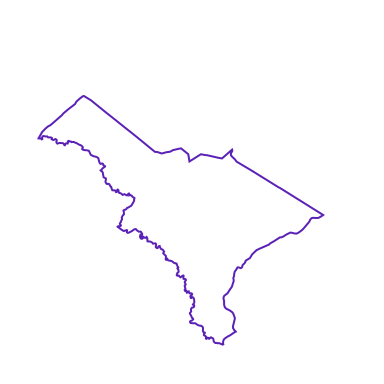 outline of Siloe, Mohale's Hoek, Lesotho, rotated 144°
{"feature_id": "5366337B49038686470651", "entity_name": "Siloe", "entity_type": "district", "adm_level": 2, "iso_a3": "LSO", "parent_name": "Lesotho", "parent_adm1": "Mohale's Hoek", "projection": "mercator", "projection_center": [27.347, -29.998], "detail": "fine", "context": "isolated", "style": "outline", "palette": "violet", "viewbox_px": 384, "rotation_deg": 144, "n_neighbors": 0, "source": "geoboundaries", "source_scale": "gbopen_adm2", "svg_char_len": 6042}
<svg xmlns="http://www.w3.org/2000/svg" viewBox="0 0 384 384"><g transform="rotate(144 192 192)"><path d="M272.6,207.6L271.2,203.1L270.3,200.8L269.9,200.4L267.2,199.6L267.0,199.2L268.0,198.1L268.3,197.6L268.1,196.8L267.1,196.3L266.0,196.1L263.4,195.7L261.1,195.8L259.4,195.2L259.1,194.7L259.1,193.3L258.3,191.1L257.1,190.4L256.7,189.9L256.9,187.4L257.1,187.1L257.7,187.0L258.2,187.6L258.7,187.8L260.0,186.8L260.5,186.1L260.7,185.2L260.6,184.6L260.5,184.0L260.1,183.7L259.5,183.4L259.0,183.5L258.8,183.7L259.2,184.5L259.3,185.1L259.0,185.5L258.4,185.6L258.0,185.2L257.2,182.9L256.3,182.1L255.2,182.3L255.2,181.8L255.3,181.0L257.0,178.3L256.9,178.0L255.7,177.2L254.8,176.3L254.0,174.6L253.8,173.7L253.9,173.1L251.8,172.0L251.7,171.6L251.7,170.9L252.6,169.8L253.5,169.1L253.7,168.4L253.3,167.2L252.8,166.9L250.9,167.7L249.9,167.3L250.4,166.1L250.5,164.0L249.6,162.6L249.5,161.6L249.7,160.8L249.6,160.2L251.2,159.5L251.3,158.8L250.7,155.8L251.2,154.8L252.8,153.1L252.9,152.6L252.6,152.2L251.5,152.8L251.2,152.6L251.2,152.2L251.6,151.5L251.4,150.6L249.9,149.1L249.0,147.9L248.1,144.9L247.2,144.1L247.1,143.6L246.6,143.2L247.4,140.4L247.4,139.0L247.6,138.8L248.4,138.9L248.7,138.8L248.8,137.0L249.7,135.3L250.0,135.2L251.8,135.0L252.4,134.1L253.0,134.0L253.3,133.4L252.5,132.4L251.8,132.0L251.8,131.1L251.5,129.8L251.2,129.7L249.4,129.8L248.3,129.7L248.0,129.4L248.1,129.1L249.3,127.9L249.9,126.8L249.8,126.5L248.7,125.7L248.5,125.0L248.6,124.4L248.9,124.1L250.4,123.8L250.8,123.4L251.2,122.6L251.2,121.5L251.4,121.0L251.9,120.7L252.8,120.7L253.3,119.9L254.1,117.7L254.3,117.5L255.3,117.3L255.7,116.7L255.8,116.3L255.5,115.7L254.6,115.5L254.5,115.1L254.7,114.6L255.3,113.9L255.3,113.5L253.9,113.6L253.1,113.5L253.6,111.6L252.9,111.1L252.8,110.6L252.1,110.4L251.8,109.8L251.8,109.4L252.5,108.9L253.4,108.6L254.3,108.8L254.7,108.5L254.9,107.6L255.3,107.0L255.2,106.8L254.8,106.6L253.5,106.7L253.1,106.0L253.0,105.6L253.3,104.2L254.8,101.5L255.4,101.1L257.4,100.4L257.4,100.0L256.8,99.3L257.1,98.5L257.5,98.2L258.5,97.8L259.9,98.4L260.4,98.4L261.5,97.9L262.2,97.2L262.9,95.8L264.9,95.3L265.3,94.4L265.3,92.9L265.9,90.4L265.9,90.0L265.6,89.4L265.8,88.4L267.1,88.1L267.9,88.1L268.8,88.5L269.3,88.5L270.0,88.0L270.2,87.4L270.1,86.8L268.0,84.9L266.8,84.2L266.3,83.4L265.6,81.1L264.3,79.3L263.2,78.4L262.7,76.8L263.0,75.5L264.5,73.7L265.1,72.4L264.9,71.5L264.3,70.8L264.4,70.4L265.8,70.1L266.4,69.5L266.5,69.0L265.8,67.7L265.7,66.5L266.7,65.6L266.9,65.2L266.5,64.7L266.0,65.0L265.0,64.9L264.4,64.2L264.6,63.5L264.2,63.1L263.5,63.1L262.6,63.4L262.1,63.3L261.0,61.0L262.3,58.1L262.1,56.9L261.9,56.2L261.3,55.6L260.6,55.3L260.1,54.5L258.9,53.8L256.9,50.5L256.2,50.4L255.8,51.4L254.7,52.7L253.1,53.9L251.8,54.2L248.0,54.1L245.8,53.7L239.3,53.5L238.7,53.3L238.7,54.1L239.0,55.3L238.8,57.7L238.3,58.3L238.1,59.0L231.7,64.4L231.1,65.8L230.1,69.5L230.1,71.1L231.2,74.3L232.8,77.2L233.2,79.4L232.3,81.9L230.0,85.1L229.8,85.8L228.9,87.7L227.8,88.6L227.1,89.0L226.1,89.1L222.8,89.2L217.9,91.1L216.5,91.5L215.0,92.2L214.3,92.7L213.0,93.8L211.1,95.0L210.0,96.3L209.2,98.0L208.5,98.6L207.6,99.1L207.1,99.5L206.5,100.5L204.3,102.4L201.0,103.5L200.5,103.9L199.7,104.2L199.1,104.1L198.0,102.8L197.4,101.8L196.7,101.6L195.5,101.8L194.5,102.8L193.8,103.2L191.7,103.4L190.8,103.7L190.1,103.9L189.5,104.6L188.4,104.9L184.6,104.5L183.5,104.7L180.0,106.2L174.1,107.0L171.0,106.5L160.6,104.2L159.1,104.5L154.8,104.0L147.5,103.6L146.4,102.8L144.1,102.3L140.5,102.1L137.0,101.5L136.0,101.2L133.4,98.2L131.9,96.9L129.8,96.5L125.7,96.5L123.5,96.8L114.6,99.0L112.7,100.1L110.8,100.6L109.3,100.0L106.1,97.4L104.7,96.7L102.5,96.4L99.4,96.3L118.6,143.9L119.0,144.4L131.1,174.1L138.1,190.4L138.1,193.4L138.8,196.8L138.9,198.8L138.0,200.2L135.1,201.7L134.7,202.7L148.0,201.5L150.5,204.1L158.1,212.8L159.7,214.2L162.6,217.3L176.1,218.2L172.8,224.8L175.2,233.7L177.4,234.8L182.9,237.1L185.9,237.4L189.7,239.4L192.6,240.4L194.0,241.1L196.5,244.7L198.4,246.3L204.4,269.2L215.5,309.3L219.8,325.5L223.0,333.2L224.0,333.6L227.2,333.6L232.3,333.1L235.0,331.9L242.8,331.7L249.7,331.2L252.3,330.6L265.7,329.4L267.6,329.3L269.9,329.7L273.5,329.4L278.0,328.6L284.6,325.6L283.6,324.6L283.0,324.4L282.7,323.9L282.7,323.0L282.1,322.8L281.1,324.2L280.2,324.8L279.3,324.6L277.6,322.8L276.5,322.1L276.4,321.9L276.3,320.7L274.3,319.3L273.6,318.2L273.6,317.8L274.5,317.2L274.0,316.1L273.5,315.5L272.9,315.3L271.5,315.2L271.0,314.4L270.9,313.8L271.2,313.1L272.2,312.4L272.6,311.6L272.6,310.6L272.4,310.2L271.4,310.0L270.0,309.3L267.7,307.3L267.4,306.3L267.7,305.1L267.5,304.6L267.3,304.5L266.0,305.3L265.2,305.4L264.1,304.3L263.2,304.9L262.8,305.8L262.1,306.0L261.5,305.7L261.0,304.5L260.3,304.0L260.2,303.2L258.8,302.4L258.0,301.7L257.8,301.0L256.5,299.2L255.7,297.0L254.5,295.2L254.1,294.0L254.0,292.5L254.3,292.0L255.4,291.6L255.6,291.3L255.4,290.4L254.7,289.4L252.2,287.2L251.2,285.9L252.0,281.6L251.3,280.0L250.5,278.7L248.8,276.7L247.9,274.8L247.9,274.3L248.6,272.8L249.5,270.3L249.6,268.9L249.3,268.4L248.1,268.0L247.7,267.6L247.5,267.1L248.0,265.6L247.3,264.5L247.2,264.1L247.3,263.8L247.8,263.6L250.6,263.7L252.3,263.0L253.2,263.2L253.2,262.7L252.7,261.2L252.7,260.4L254.8,256.0L254.6,255.3L253.7,253.6L254.4,252.6L255.9,251.3L256.3,250.2L256.3,248.9L255.9,248.3L255.1,248.1L254.3,246.9L254.7,244.2L254.6,243.6L254.4,243.5L255.2,241.4L255.4,240.2L253.4,238.6L253.2,237.5L253.6,236.8L253.5,236.5L253.3,236.4L252.4,236.5L251.1,237.7L250.7,237.7L250.5,237.3L250.5,236.5L250.9,235.8L251.4,235.5L251.5,234.6L251.3,233.9L251.0,233.7L250.2,232.3L249.8,230.4L248.0,230.0L246.8,227.7L246.5,227.4L245.0,227.9L244.0,227.9L243.8,227.7L244.7,226.2L243.9,226.1L243.5,225.7L243.3,224.9L242.9,224.4L243.0,223.3L242.6,222.1L242.2,221.4L242.1,220.8L243.3,220.0L243.8,219.1L245.9,217.9L246.6,217.8L247.7,217.1L249.4,216.6L253.2,217.0L253.7,217.3L255.2,216.8L255.8,216.8L257.7,217.4L258.4,217.2L258.8,216.1L260.2,213.9L261.9,213.7L263.9,212.6L264.5,211.2L266.9,209.9L267.3,209.4L268.7,209.1L269.2,208.4L269.1,206.8L269.6,206.5L270.6,206.7L271.8,207.7L272.6,207.6Z" fill="none" stroke="#5b21b6" stroke-width="2"/></g></svg>